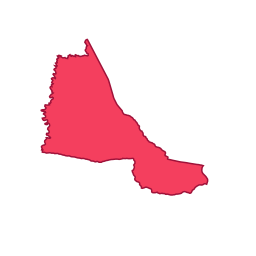 outline of Mansidão, Bahia, Brazil, rotated 117°
{"feature_id": "56859067B73862657057037", "entity_name": "Mansidão", "entity_type": "district", "adm_level": 2, "iso_a3": "BRA", "parent_name": "Brazil", "parent_adm1": "Bahia", "projection": "natural_earth1", "projection_center": [-44.116, -11.041], "detail": "fine", "context": "isolated", "style": "filled", "palette": "rose", "viewbox_px": 256, "rotation_deg": 117, "n_neighbors": 0, "source": "geoboundaries", "source_scale": "gbopen_adm2", "svg_char_len": 5964}
<svg xmlns="http://www.w3.org/2000/svg" viewBox="0 0 256 256"><g transform="rotate(117 128 128)"><path d="M127.4,43.8L127.8,46.0L128.2,46.8L128.5,48.3L129.3,50.3L130.4,53.7L131.5,57.1L132.5,60.5L134.4,65.8L136.5,73.6L137.1,76.1L137.5,77.5L137.7,78.6L137.1,78.9L136.2,79.0L135.7,79.4L135.8,80.9L135.7,81.6L135.8,82.2L135.3,82.8L133.2,83.2L132.3,84.4L132.4,85.4L132.3,87.2L132.1,88.0L131.4,89.6L131.3,90.7L131.4,92.0L131.7,92.8L132.0,94.6L131.7,95.5L131.1,96.3L130.6,96.7L130.4,97.4L130.5,98.3L130.2,100.1L130.6,100.7L130.5,101.3L130.8,102.8L130.3,103.6L130.1,105.0L129.2,105.8L128.7,106.9L128.4,108.0L127.7,108.4L127.9,109.3L128.0,110.3L127.6,111.0L127.3,111.5L126.7,111.6L125.6,112.5L124.9,113.8L124.5,114.2L124.7,114.8L124.6,115.5L124.2,116.5L123.3,117.7L122.6,118.1L121.8,118.4L121.2,118.7L120.9,119.5L120.8,120.4L119.1,122.7L118.9,123.6L118.4,124.6L117.8,125.6L118.0,126.6L117.1,128.1L116.8,129.0L116.8,129.9L116.4,131.6L116.6,133.4L117.2,135.2L117.1,136.0L117.4,136.6L117.6,137.6L117.3,138.5L116.4,140.1L115.3,141.0L113.3,145.8L112.1,148.5L108.3,153.7L107.3,154.8L105.4,156.5L97.0,164.4L94.5,166.8L93.5,167.9L67.9,203.9L67.6,204.6L68.5,205.3L69.3,205.6L70.1,205.4L70.7,205.5L71.3,205.3L71.4,204.5L71.9,204.3L72.1,203.6L72.6,202.9L73.1,202.3L73.2,201.6L73.8,201.9L74.5,201.9L75.1,201.9L75.6,201.4L76.3,201.3L78.0,201.5L78.7,200.8L79.3,199.5L80.0,198.8L80.0,198.1L79.9,197.4L80.3,197.0L80.9,196.8L81.5,196.4L82.0,196.8L82.3,197.3L82.4,198.3L82.9,199.1L83.0,200.0L83.8,200.3L84.3,201.2L85.1,201.7L85.3,202.3L86.1,203.2L86.0,203.8L86.3,204.3L86.0,205.1L86.4,205.6L86.6,206.7L86.5,207.9L87.1,208.2L87.4,207.6L88.2,207.2L88.2,207.9L88.8,208.7L88.6,210.0L89.0,211.2L89.7,210.9L89.8,211.7L89.5,212.3L89.0,213.0L91.1,214.1L91.6,213.5L92.2,213.5L92.8,213.8L93.5,213.4L94.1,215.0L94.1,215.6L93.8,216.1L94.7,217.2L95.1,218.1L95.0,219.1L95.0,220.5L94.2,220.3L94.4,221.9L94.8,222.8L95.5,223.0L95.9,223.6L96.5,222.9L96.1,222.2L96.7,221.6L97.7,221.8L98.5,222.6L99.3,222.5L99.5,221.8L100.0,221.5L100.7,221.8L101.2,221.6L101.6,220.9L102.2,220.8L102.5,221.5L103.1,222.0L103.5,221.2L104.4,220.4L104.8,219.4L105.4,219.4L105.8,221.2L106.4,219.8L107.2,219.3L107.9,219.7L108.3,220.2L108.8,220.5L109.7,220.4L109.9,219.1L110.8,218.0L111.8,217.1L112.7,217.0L113.4,219.1L114.2,219.1L115.0,217.4L115.3,216.9L116.0,216.3L116.3,215.3L116.9,215.2L116.9,216.8L117.7,218.2L118.7,218.6L119.3,218.0L119.4,217.2L119.9,216.5L122.0,216.7L122.4,216.2L122.5,215.7L122.5,214.8L123.4,215.0L123.9,215.6L124.4,215.8L125.7,214.6L125.9,215.3L126.4,215.8L127.0,215.9L127.6,215.6L128.0,215.1L129.6,212.2L130.3,212.3L130.8,211.7L130.8,210.6L132.4,211.3L132.9,211.7L133.7,211.8L134.7,212.1L135.7,212.1L136.3,211.3L136.1,210.6L135.6,209.9L134.9,209.4L135.1,208.3L135.8,208.0L136.7,208.3L137.5,208.9L138.9,209.1L139.5,209.0L140.2,208.3L141.1,208.4L141.3,208.9L141.5,209.6L142.2,209.5L142.6,209.1L142.9,208.5L143.3,208.9L144.2,210.2L144.5,210.8L144.6,211.4L145.0,212.3L145.8,212.2L146.4,212.0L147.3,210.2L148.0,210.1L148.7,210.3L149.4,210.7L149.9,211.3L150.3,212.1L151.0,213.0L151.6,213.4L152.0,212.9L151.9,212.2L151.2,209.9L151.0,209.1L151.7,208.4L152.4,208.9L152.7,209.4L153.2,209.8L153.9,209.7L154.3,207.3L155.5,206.4L156.4,206.6L156.9,207.1L157.4,207.9L158.2,208.8L158.8,208.2L159.2,207.6L159.5,206.8L159.2,205.8L157.5,204.1L157.5,203.4L158.3,202.7L159.6,202.6L160.3,202.8L161.7,204.0L162.2,203.7L162.2,202.9L161.9,202.0L161.4,201.4L160.5,201.5L159.8,201.1L160.1,199.9L161.3,198.9L162.1,198.8L164.3,199.4L165.5,199.1L166.4,197.3L166.9,196.7L167.4,196.4L168.7,196.4L169.1,196.9L169.3,197.5L169.7,198.0L170.6,197.9L171.2,197.2L170.8,196.1L171.2,194.6L171.6,194.0L171.5,193.1L171.9,192.6L172.6,192.9L173.2,194.3L173.2,195.6L173.7,196.4L174.2,195.7L174.8,195.7L177.1,196.4L177.8,196.2L178.4,195.8L179.2,194.8L179.8,194.3L180.6,194.5L181.2,194.8L181.7,195.7L183.0,196.5L183.7,196.7L184.4,196.3L184.8,195.7L185.2,195.1L185.7,195.2L186.6,195.0L186.2,194.5L186.2,193.9L186.9,194.0L188.4,193.4L188.2,192.5L187.9,192.0L187.6,191.4L187.5,190.3L187.3,189.2L185.5,186.4L185.0,184.4L184.4,183.4L184.1,182.5L184.1,181.7L182.8,179.5L182.5,178.6L182.6,177.7L181.9,176.0L181.6,173.5L181.1,172.5L181.1,171.6L180.9,170.6L180.2,168.8L179.5,167.9L179.4,166.0L179.2,165.2L178.4,163.3L178.1,162.6L177.5,159.4L176.7,157.3L176.4,155.7L175.7,154.6L175.3,153.8L175.0,152.6L174.9,151.4L174.4,150.4L174.3,149.4L173.8,147.7L174.1,146.6L174.1,145.8L173.2,143.8L173.1,142.2L172.8,141.4L171.8,140.4L171.6,139.5L171.7,138.4L170.9,136.7L170.5,136.1L169.2,135.3L168.8,134.5L166.8,132.5L166.1,131.5L164.9,130.2L163.6,128.5L163.0,127.4L161.2,124.7L160.4,123.0L160.1,122.0L159.7,121.2L158.0,119.1L157.4,118.9L157.2,118.0L156.8,117.3L156.5,116.5L155.6,115.3L155.1,113.7L154.5,112.5L152.8,109.8L152.8,109.2L154.0,108.1L154.5,106.8L156.2,105.8L158.4,106.1L159.1,105.2L159.9,104.6L160.7,104.3L162.2,104.2L162.9,104.1L163.5,104.5L164.0,104.9L165.1,104.2L165.8,103.2L167.0,102.0L167.5,101.3L168.1,99.6L168.8,99.1L170.3,98.9L171.1,98.2L171.4,97.4L171.5,96.7L171.7,95.9L171.4,93.9L171.6,92.9L172.2,92.4L173.1,92.0L173.5,91.2L173.9,90.0L174.2,89.4L175.4,88.8L175.3,88.0L174.0,86.5L173.1,85.8L172.5,85.1L172.3,84.4L172.0,82.5L172.1,81.9L172.0,81.0L171.8,80.3L172.1,79.3L172.8,78.6L174.1,77.9L174.4,77.3L174.4,76.7L174.1,75.9L173.3,74.4L172.7,73.6L172.2,73.2L171.9,72.6L172.3,71.9L172.1,70.9L172.1,69.9L170.7,68.0L170.6,67.2L169.8,65.5L170.0,64.7L169.7,63.8L169.2,63.3L169.0,62.7L168.5,60.4L168.2,59.3L167.3,57.7L166.7,57.0L166.3,56.2L165.1,55.2L164.3,53.7L162.7,51.6L161.8,50.8L160.5,50.3L159.5,49.5L159.0,48.8L158.7,47.9L158.6,46.0L158.3,45.4L158.1,44.6L158.2,44.0L158.1,43.4L157.7,42.8L157.1,42.4L156.0,42.3L154.2,42.4L152.7,41.4L150.6,41.2L149.0,40.5L146.8,39.1L146.1,38.3L145.3,36.4L144.9,35.9L144.0,35.2L143.2,34.8L142.8,34.4L142.5,33.5L142.4,32.4L139.2,32.9L137.9,33.6L137.4,34.0L136.7,35.2L135.9,36.6L134.6,40.5L134.1,41.3L133.6,42.0L133.0,42.5L132.1,43.1L129.7,44.0L128.4,44.0L127.4,43.8Z" fill="#f43f5e" stroke="#9f1239" stroke-width="1.5"/></g></svg>